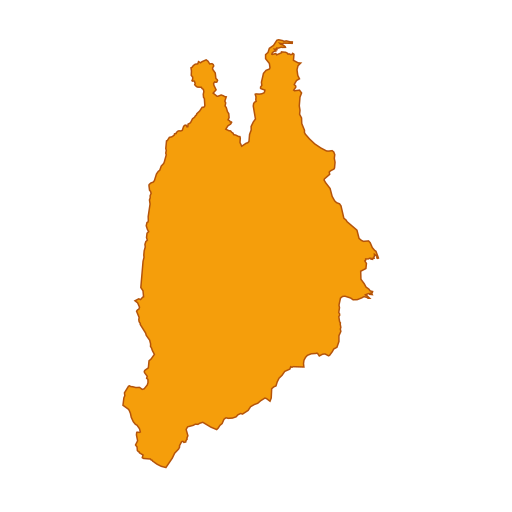 Lunca Cernii De Jos, Hunedoara, Romania, rotated 274°
{"feature_id": "2599482B2454497174187", "entity_name": "Lunca Cernii De Jos", "entity_type": "district", "adm_level": 2, "iso_a3": "ROU", "parent_name": "Romania", "parent_adm1": "Hunedoara", "projection": "orthographic", "projection_center": [22.6, 45.635], "detail": "fine", "context": "isolated", "style": "filled", "palette": "amber", "viewbox_px": 512, "rotation_deg": 274, "n_neighbors": 0, "source": "geoboundaries", "source_scale": "gbopen_adm2", "svg_char_len": 6105}
<svg xmlns="http://www.w3.org/2000/svg" viewBox="0 0 512 512"><g transform="rotate(274 256 256)"><path d="M278.9,367.2L278.1,362.2L278.9,360.1L280.7,357.6L288.8,354.9L296.6,344.4L298.1,343.4L299.8,341.0L311.9,337.3L313.9,335.7L314.8,332.7L316.5,330.6L320.8,327.8L328.5,325.2L333.9,320.4L336.5,318.6L337.7,318.9L342.6,323.8L344.8,323.2L346.1,324.3L348.2,327.7L349.4,328.2L355.0,328.3L358.9,327.3L362.6,327.5L365.2,326.3L366.4,324.6L365.7,321.2L365.7,319.0L368.3,313.1L371.9,306.8L376.4,301.3L381.0,296.7L382.6,295.7L384.8,295.6L391.3,292.4L396.9,291.8L400.4,289.6L404.5,289.7L408.8,288.7L417.6,288.8L421.8,290.1L424.5,287.8L423.5,282.9L424.1,282.0L427.1,283.9L428.3,283.8L429.6,282.2L430.7,282.6L433.9,284.2L435.8,287.0L439.0,285.1L444.6,283.9L448.7,284.6L451.6,287.1L451.6,284.6L453.8,279.7L459.7,279.8L460.2,279.5L460.7,278.4L459.7,278.0L459.3,276.5L459.9,275.3L459.6,273.8L460.4,273.4L461.3,271.4L461.4,267.2L460.5,267.2L458.1,262.6L459.4,261.6L458.2,258.3L458.4,257.7L459.5,257.9L461.1,259.3L461.9,261.4L463.6,259.9L463.6,260.9L463.1,261.9L463.3,262.5L464.4,261.8L464.9,262.1L464.9,263.6L466.1,266.6L465.9,267.6L466.2,270.8L466.9,270.5L468.3,268.4L469.0,265.7L469.9,264.8L469.6,267.2L470.3,269.0L470.7,277.3L472.1,277.3L472.0,275.4L472.7,271.3L472.1,268.8L472.7,267.7L473.3,263.5L472.7,261.8L467.3,258.8L464.1,254.8L459.9,253.8L457.5,251.5L453.5,251.8L449.0,255.9L444.9,256.8L443.5,256.4L441.9,253.1L438.7,250.7L429.7,249.3L426.6,249.9L424.9,248.8L423.7,248.8L423.3,249.2L422.1,253.3L420.4,253.1L419.3,252.6L418.2,250.4L417.7,248.0L417.7,244.7L417.3,243.9L414.7,244.9L411.7,244.9L410.3,245.4L409.3,243.8L407.9,243.0L405.4,242.8L392.6,245.9L389.6,244.0L384.9,242.1L381.3,242.4L376.8,241.1L369.8,241.0L368.3,239.8L367.9,238.4L364.5,234.1L368.1,232.1L372.5,232.1L374.0,231.6L374.0,230.2L375.2,227.4L375.5,225.3L377.0,224.5L377.7,223.1L379.0,221.9L379.1,220.2L380.4,217.0L383.9,218.9L385.9,221.5L387.7,222.4L388.0,222.2L387.9,221.0L389.0,220.3L389.9,218.6L392.1,219.5L396.1,218.9L397.9,217.5L402.0,216.0L403.5,214.7L406.6,215.1L408.3,214.1L412.7,215.2L412.8,213.6L413.5,212.5L414.2,210.0L412.7,206.9L412.6,206.0L415.5,201.9L419.0,204.6L423.5,202.0L425.3,201.7L426.8,202.6L426.5,203.7L426.7,204.7L428.4,205.4L429.2,205.0L430.3,203.6L435.7,202.6L439.3,199.7L440.7,199.6L442.6,200.6L444.0,200.0L444.8,198.7L444.4,196.4L447.0,194.5L448.2,192.6L446.1,188.6L444.9,187.2L445.9,185.1L443.6,184.5L443.1,182.0L441.5,180.1L439.9,179.2L439.2,178.0L436.0,178.7L431.7,178.8L430.1,180.3L428.1,180.5L426.4,179.9L426.0,180.6L426.3,181.7L426.0,182.4L423.7,183.3L422.8,182.9L421.9,183.5L420.7,185.1L420.4,186.1L420.5,189.7L419.3,190.5L418.5,191.9L416.3,192.5L413.7,192.1L410.6,192.6L409.5,193.5L402.2,194.5L400.7,193.5L400.6,191.9L396.7,189.7L393.8,187.0L392.6,186.8L391.7,185.8L390.1,185.0L388.5,183.1L384.7,181.5L383.8,180.7L382.8,179.0L380.2,179.0L380.0,178.1L381.6,177.2L381.6,176.1L380.4,174.8L376.2,173.7L375.5,172.2L375.5,170.4L375.1,169.4L373.7,168.0L372.6,167.8L372.2,166.2L370.7,165.9L369.0,163.7L368.3,161.3L365.0,159.5L364.6,158.7L356.9,158.5L355.1,159.1L352.3,158.8L350.6,159.4L343.1,157.9L341.8,157.4L339.1,155.2L334.8,154.0L333.6,152.6L330.9,151.0L324.2,149.4L322.6,148.4L321.5,146.0L319.8,144.4L318.8,144.3L314.2,145.2L313.1,146.3L311.2,147.0L308.8,146.2L306.6,146.4L304.5,145.8L300.5,146.7L287.8,145.7L283.8,146.1L282.4,145.9L281.8,144.9L278.5,144.4L275.0,145.8L272.8,147.2L271.1,145.7L266.7,145.5L264.2,146.5L262.7,145.1L259.9,144.4L257.2,144.9L253.4,144.1L249.1,144.0L246.9,144.4L242.9,143.7L216.5,143.3L213.4,145.7L207.4,146.7L207.0,145.8L204.5,143.9L205.1,142.0L202.9,138.4L201.0,141.2L196.8,143.4L194.9,142.9L193.9,141.5L192.6,140.7L186.5,143.7L184.5,143.5L182.3,144.0L180.6,145.3L179.6,145.3L171.5,151.2L169.1,152.1L164.6,155.8L160.9,157.0L158.3,157.1L157.3,158.0L154.3,159.3L150.8,161.5L145.9,158.5L144.0,156.6L136.9,156.4L134.3,153.2L133.2,152.6L131.9,152.9L128.4,155.9L126.4,155.4L125.4,156.8L122.2,157.1L119.7,156.5L115.7,153.7L115.0,151.8L116.8,149.0L116.4,145.3L117.0,142.1L117.0,140.3L117.7,138.8L117.2,137.9L110.3,134.3L107.5,134.9L105.3,134.1L97.8,133.7L94.4,139.2L93.3,140.2L90.3,141.7L86.4,142.8L82.2,145.1L79.7,147.4L78.9,149.1L75.6,151.8L72.4,152.9L71.9,152.0L72.0,149.6L71.6,149.3L69.2,149.2L63.4,150.8L59.1,149.0L57.1,150.7L53.7,151.2L52.6,152.4L52.4,153.2L51.5,153.5L49.6,157.2L46.9,156.6L46.2,157.9L46.1,164.9L45.2,165.6L45.0,166.7L44.2,167.2L41.4,171.8L39.6,176.1L38.7,180.9L48.5,186.6L53.6,188.6L58.1,192.3L60.1,193.1L61.4,192.9L65.4,194.7L65.9,195.3L65.9,196.3L65.0,197.1L65.6,198.9L66.9,199.0L68.6,200.1L69.4,199.7L71.9,200.6L78.1,198.4L80.8,199.7L82.7,205.2L84.0,207.2L84.0,209.8L85.2,211.5L86.4,214.5L82.1,223.0L80.1,228.9L81.7,230.3L84.5,231.8L86.5,233.9L90.8,235.4L92.2,236.9L92.5,237.5L92.1,239.6L92.7,243.9L94.2,247.4L96.3,249.0L97.8,251.6L97.4,253.6L101.4,258.9L105.3,261.1L107.8,264.8L109.2,268.0L111.9,270.7L114.9,274.8L114.5,276.4L112.1,280.1L115.4,281.1L124.7,280.9L126.7,282.9L127.8,285.0L131.8,285.9L135.7,287.5L138.8,290.3L142.9,292.7L145.5,297.6L148.0,298.4L147.5,299.6L148.2,300.8L148.6,311.5L152.0,310.9L155.3,311.1L158.4,312.5L160.5,314.2L162.3,317.9L163.0,322.7L163.4,323.5L163.0,324.3L160.7,326.1L162.7,329.3L163.1,331.7L161.5,335.3L162.0,336.3L165.9,338.8L168.6,340.0L170.6,343.1L176.5,344.7L182.3,344.3L186.7,345.9L189.0,345.2L190.7,345.6L194.1,344.7L195.1,344.9L196.3,344.0L201.3,342.8L202.7,343.6L204.1,343.4L205.4,342.5L210.3,342.9L212.8,342.2L219.9,343.2L221.7,345.2L222.1,347.6L220.7,353.3L219.1,355.9L219.5,360.0L221.6,364.4L223.0,366.5L222.5,369.4L221.7,370.7L221.8,372.3L224.8,368.7L224.6,367.9L224.9,367.7L226.4,370.9L226.2,371.7L225.7,372.0L225.6,374.7L226.2,374.4L226.7,372.6L227.7,374.6L228.7,374.8L229.1,372.4L230.9,370.8L232.7,367.9L235.9,365.9L240.1,362.3L248.1,361.5L251.2,366.5L256.2,366.7L258.7,364.9L259.5,365.7L260.7,365.6L260.9,368.2L261.6,369.3L261.7,370.7L260.9,370.9L260.8,372.4L261.7,372.3L262.1,373.2L261.8,373.5L262.0,374.0L263.1,373.6L264.0,374.2L266.0,374.0L264.3,376.6L262.5,376.7L262.1,377.7L262.5,378.3L269.1,375.3L269.9,373.9L272.5,371.4L277.2,369.0L278.9,367.2Z" fill="#f59e0b" stroke="#b45309" stroke-width="1.5"/></g></svg>